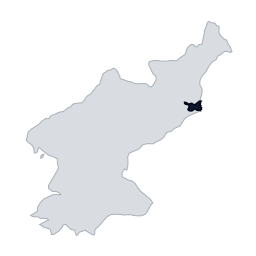 Myongchon, Hamgyŏng-bukto, North Korea (highlighted), rotated 2°
{"feature_id": "82179303B5816291579612", "entity_name": "Myongchon", "entity_type": "district", "adm_level": 2, "iso_a3": "PRK", "parent_name": "North Korea", "parent_adm1": "Hamgyŏng-bukto", "projection": "orthographic", "projection_center": [129.544, 40.98], "detail": "fine", "context": "in_parent", "style": "filled", "palette": "ink", "viewbox_px": 256, "rotation_deg": 2, "n_neighbors": 0, "source": "geoboundaries", "source_scale": "gbopen_adm2", "svg_char_len": 4292}
<svg xmlns="http://www.w3.org/2000/svg" viewBox="0 0 256 256"><g transform="rotate(2 128 128)"><path d="M155.4,202.2L154.3,202.9L152.3,206.4L150.4,210.8L148.5,213.2L146.4,214.5L144.2,215.3L139.8,215.5L135.8,215.1L134.6,214.6L129.1,214.8L127.5,215.1L119.7,214.5L115.6,214.8L113.0,215.6L110.3,217.3L107.9,220.0L105.8,222.8L101.5,228.0L98.5,230.5L98.4,234.3L98.3,235.4L97.3,236.2L96.9,235.8L95.3,235.5L88.7,231.8L83.1,233.7L81.6,236.4L80.1,237.2L78.1,231.8L74.5,231.5L69.0,226.5L66.5,227.4L65.8,229.2L62.5,233.4L57.9,236.7L56.5,237.2L54.9,236.8L55.2,235.9L53.6,231.8L46.7,229.8L44.3,228.0L43.1,227.6L50.1,223.5L51.9,222.7L50.6,221.6L49.2,221.1L43.6,221.4L40.8,219.8L36.6,220.1L33.7,218.8L40.0,214.7L40.4,212.2L40.4,210.2L43.7,204.6L47.0,201.5L55.1,197.4L58.6,196.9L61.1,197.2L63.2,196.9L61.1,195.0L59.0,194.1L54.9,194.1L50.8,191.3L50.5,188.5L59.6,171.4L59.8,169.8L58.7,165.5L58.4,161.3L52.7,158.7L50.2,158.3L42.9,153.2L40.1,150.7L38.9,151.3L38.4,155.0L37.3,155.8L35.3,156.4L34.6,152.1L33.1,148.9L28.4,145.5L26.7,143.6L27.8,140.0L27.4,139.6L28.4,135.4L31.6,132.4L39.3,127.0L41.4,124.4L45.3,121.4L47.0,121.6L48.7,121.4L49.3,120.1L49.8,119.0L51.3,118.1L55.0,116.5L59.2,114.4L62.5,113.9L66.6,110.6L68.3,109.2L69.9,109.2L70.4,108.6L71.4,106.8L72.7,105.7L74.5,105.5L77.4,104.8L81.1,104.4L83.6,101.6L84.6,99.6L86.3,97.3L89.8,95.0L92.3,91.4L95.1,87.5L96.4,86.2L97.6,86.0L98.4,84.5L99.4,80.3L100.7,76.2L101.5,74.3L104.6,72.2L105.4,71.2L106.1,70.9L107.5,71.2L109.4,70.0L111.2,68.7L112.7,69.2L114.3,70.4L116.0,72.8L116.7,74.6L118.0,76.2L118.2,78.4L119.5,79.4L122.4,80.0L127.0,81.6L130.1,81.8L131.8,82.9L135.4,83.6L142.7,82.9L145.6,83.5L146.8,84.9L148.7,86.0L149.9,86.1L151.5,84.2L153.3,81.2L154.4,78.8L154.4,76.9L153.5,74.9L151.1,73.0L149.6,70.1L148.1,67.1L147.3,66.1L146.6,64.6L146.5,62.4L147.0,60.9L150.6,59.9L155.2,59.4L159.0,60.1L165.2,59.7L169.0,58.9L171.8,59.1L174.4,59.1L175.6,57.8L179.3,54.7L181.0,53.6L183.0,51.6L183.3,49.4L183.7,47.6L184.8,45.7L186.7,43.4L188.3,42.3L190.1,42.4L192.0,43.5L193.2,44.6L194.5,44.3L195.7,42.4L196.4,42.1L198.6,41.9L199.2,40.8L200.1,35.4L200.9,31.1L201.0,28.1L202.9,23.2L203.5,20.2L204.7,18.8L206.0,18.9L207.1,19.8L208.5,20.3L210.3,19.8L211.6,20.6L212.5,22.2L215.2,23.2L215.5,24.0L215.5,29.4L217.0,31.9L219.0,34.1L221.8,36.2L223.3,36.6L224.2,38.1L225.1,40.6L227.1,43.1L228.1,44.9L228.4,46.8L229.3,47.8L227.7,49.0L225.6,48.3L222.2,47.9L217.8,51.6L215.3,53.0L213.6,56.6L210.1,58.8L208.3,61.1L205.8,65.1L204.2,68.9L200.5,72.8L198.3,77.7L198.2,82.0L200.6,86.3L200.8,90.0L199.1,97.5L200.1,105.6L199.0,108.7L187.3,114.2L184.3,116.9L179.9,124.1L174.7,126.7L171.4,129.6L166.8,131.2L163.9,136.2L160.6,139.0L156.8,140.7L154.0,142.9L147.6,143.0L143.1,144.4L139.8,148.6L130.1,153.1L128.7,156.7L129.2,162.3L129.1,166.6L128.2,170.1L126.1,169.0L125.0,170.2L123.6,173.4L123.9,177.1L127.2,178.4L129.9,179.9L133.7,180.8L136.5,182.6L142.4,190.5L147.3,194.0L148.6,195.3L151.4,197.1L154.0,199.8L155.4,202.2ZM43.8,160.2L41.9,161.3L41.9,159.1L43.4,157.4L44.9,157.2L43.8,160.2Z" fill="#d9dde1" stroke="#a8b0b8" stroke-width="1"/><path d="M199.9,108.1L199.9,107.9L199.9,107.5L200.6,106.7L200.3,106.6L200.3,106.3L200.5,105.7L200.8,105.3L200.8,105.2L200.6,105.2L200.4,105.1L200.3,104.7L200.2,104.5L199.9,104.1L199.8,103.8L199.7,103.5L199.4,103.4L199.9,103.0L199.8,102.9L199.6,102.9L199.6,102.7L199.4,102.0L199.4,101.4L199.6,100.1L199.6,99.7L199.8,99.4L199.8,99.1L200.1,98.7L199.7,98.7L199.6,98.8L199.5,98.7L199.4,98.5L198.5,98.7L197.7,99.1L197.3,99.6L196.9,100.4L196.3,100.6L195.5,101.0L195.0,101.8L194.4,102.3L193.5,102.3L192.7,102.1L192.0,101.8L191.2,101.6L191.1,101.2L190.6,101.1L190.0,101.2L189.5,101.4L189.0,101.6L188.5,101.8L187.9,101.9L187.4,101.9L187.0,101.6L186.5,101.2L185.9,100.8L185.2,100.6L184.6,100.5L184.1,100.3L183.8,100.3L183.6,100.3L183.6,100.6L183.7,101.1L183.9,101.7L184.2,101.9L184.7,102.1L185.2,102.3L185.8,102.5L186.6,102.5L187.0,102.4L187.3,102.5L187.7,103.0L188.0,103.3L188.2,104.0L188.3,104.7L188.1,105.4L187.8,106.1L187.3,107.1L187.5,107.8L188.1,108.2L188.9,108.7L189.0,108.7L189.5,108.6L190.0,108.7L190.5,108.7L191.0,108.7L191.6,108.5L192.1,108.1L192.7,107.7L193.2,106.9L193.8,106.5L194.3,106.6L194.6,106.9L195.2,107.2L195.9,107.7L197.0,107.9L197.5,108.0L197.8,107.5L198.5,107.5L199.1,107.9L199.9,108.1Z" fill="#0f172a" stroke="#020617" stroke-width="1.5"/></g></svg>